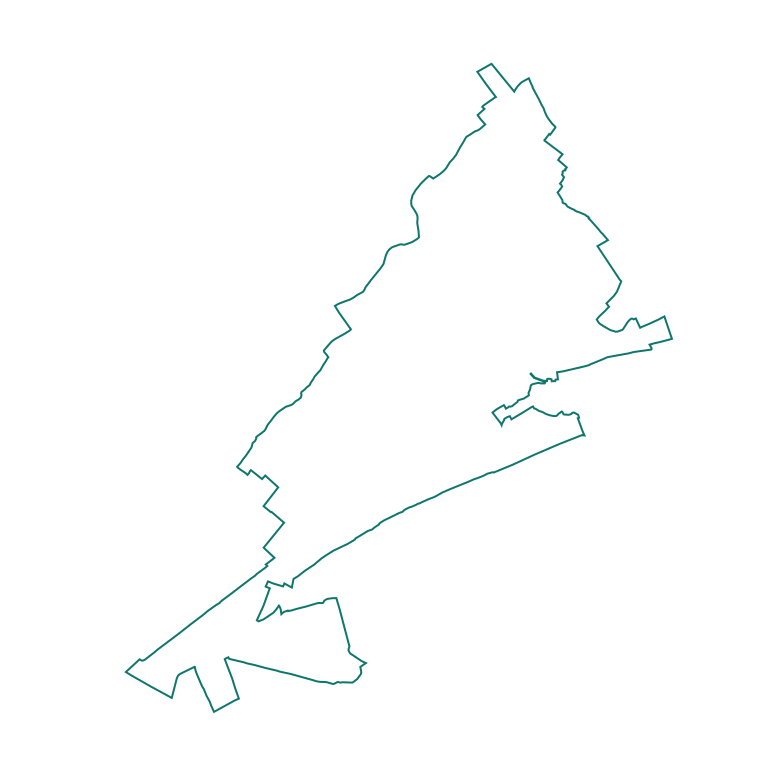 the district of Stefan Cel Mare, Vaslui, Romania, rotated 83°
{"feature_id": "2599482B71455353964024", "entity_name": "Stefan Cel Mare", "entity_type": "district", "adm_level": 2, "iso_a3": "ROU", "parent_name": "Romania", "parent_adm1": "Vaslui", "projection": "orthographic", "projection_center": [27.601, 46.727], "detail": "fine", "context": "isolated", "style": "outline", "palette": "teal", "viewbox_px": 768, "rotation_deg": 83, "n_neighbors": 0, "source": "geoboundaries", "source_scale": "gbopen_adm2", "svg_char_len": 6159}
<svg xmlns="http://www.w3.org/2000/svg" viewBox="0 0 768 768"><g transform="rotate(83 384 384)"><path d="M678.6,566.4L667.4,568.9L657.8,570.6L637.7,575.6L637.0,574.2L636.3,571.8L637.7,571.3L638.3,570.3L643.2,556.9L644.6,554.0L647.1,546.8L651.2,536.8L655.3,525.7L657.0,521.9L660.4,512.0L669.2,490.8L671.0,486.8L671.8,483.9L672.9,477.4L675.0,472.5L675.5,471.2L675.5,470.1L674.1,466.2L675.1,463.6L675.0,461.4L676.4,452.6L676.4,451.3L673.5,446.4L669.3,442.5L667.9,441.8L666.0,441.7L661.9,442.0L658.8,436.0L656.3,440.0L647.2,450.5L644.0,451.7L642.6,451.4L640.3,450.3L602.1,455.5L590.7,457.4L590.3,461.5L590.4,466.1L591.0,468.2L592.0,469.9L593.3,470.6L593.8,471.2L593.9,472.4L593.4,475.4L593.6,477.9L595.4,488.6L596.5,497.6L597.5,503.6L597.7,506.9L597.2,507.1L598.0,510.8L598.6,512.2L599.9,513.9L594.8,514.0L591.8,514.9L591.2,515.3L594.7,518.5L597.5,521.6L601.3,529.0L602.9,532.2L604.3,537.5L603.0,539.0L589.9,530.9L572.9,522.3L570.7,526.1L565.8,523.2L568.7,517.9L572.6,508.8L569.8,507.2L574.8,500.3L566.4,497.5L564.3,492.8L559.8,485.4L554.9,475.6L549.5,467.3L546.7,461.8L543.3,454.6L538.3,439.6L534.9,431.9L533.8,431.1L531.8,426.5L527.9,418.0L527.0,413.6L525.0,410.5L522.9,406.3L521.7,405.4L519.4,400.6L513.9,384.7L513.1,381.1L512.0,379.8L511.1,378.1L509.7,374.4L509.2,371.6L507.9,367.1L506.9,364.7L506.9,363.2L506.3,362.0L503.8,354.0L502.2,347.4L498.9,339.6L496.3,330.8L491.1,311.5L489.3,305.6L488.9,303.0L487.2,296.4L485.6,292.3L484.8,286.7L485.2,285.7L479.8,266.1L472.5,243.3L464.7,216.4L458.8,193.5L459.1,193.2L459.5,191.3L455.3,192.6L441.6,195.8L441.3,194.5L438.9,194.9L438.2,195.1L437.5,196.1L435.5,198.9L435.4,200.0L435.9,201.1L436.6,201.8L437.1,204.3L436.2,209.1L435.9,209.5L433.3,210.4L433.0,210.7L433.3,211.8L434.1,212.8L434.9,214.6L436.1,215.7L436.8,217.3L436.4,219.8L435.3,223.1L433.5,226.9L431.0,230.3L429.8,233.1L427.1,236.6L426.6,237.9L424.4,238.9L425.3,241.2L429.8,250.9L434.6,261.8L431.3,263.0L431.8,265.5L433.3,268.8L434.6,269.3L438.2,272.0L439.1,272.3L437.2,272.9L425.6,279.8L423.0,275.6L421.6,272.5L419.6,267.6L421.3,266.7L423.3,266.0L422.2,263.4L421.6,262.7L421.6,262.0L421.9,261.1L421.6,259.4L420.5,257.9L418.1,253.8L416.6,253.0L416.0,250.2L415.5,246.9L412.9,241.6L410.4,241.6L406.8,239.5L403.9,238.7L402.8,237.9L402.2,236.2L401.7,230.7L402.3,229.0L402.7,226.9L403.0,224.5L402.2,223.8L401.6,223.9L396.2,234.3L391.9,237.3L391.5,236.8L395.4,234.1L396.2,233.3L400.0,225.8L400.9,221.9L399.0,221.5L398.8,220.5L399.2,218.3L399.7,217.2L401.7,217.2L402.0,213.8L400.6,213.2L400.6,210.8L393.4,210.8L393.3,205.3L392.9,201.2L391.0,183.3L390.3,178.4L389.8,177.4L386.1,163.7L384.6,158.9L383.4,137.4L382.7,132.3L382.4,114.6L381.8,114.1L380.7,114.2L377.3,115.6L376.7,112.1L375.9,104.3L374.3,92.7L351.1,97.5L353.4,103.4L356.8,114.1L359.0,122.1L359.4,122.9L349.6,126.1L350.3,128.3L349.4,129.5L349.3,130.6L350.3,132.4L352.0,134.4L358.9,140.2L359.4,141.1L360.5,146.2L360.2,148.1L359.1,150.3L358.3,152.5L353.2,159.3L350.3,162.7L349.3,163.4L345.9,165.0L343.3,162.3L338.2,155.4L335.3,152.0L334.8,151.2L331.1,153.4L324.5,145.0L320.7,141.5L311.0,136.0L309.4,137.2L273.2,155.3L268.5,144.2L261.7,148.7L259.6,150.4L256.9,152.0L247.0,158.8L245.2,160.2L244.5,160.1L244.4,160.8L242.8,160.9L242.1,162.4L240.8,163.4L237.2,169.5L236.4,171.4L235.1,173.4L234.6,173.9L234.3,173.9L233.2,176.0L230.5,179.9L229.5,180.7L227.5,181.8L227.2,182.1L226.5,183.7L225.9,184.5L223.0,184.6L215.0,188.4L213.4,186.5L210.9,184.1L209.7,183.2L208.0,183.7L206.6,184.9L203.4,181.8L201.7,180.9L201.1,180.3L200.5,180.2L198.1,181.7L197.7,181.7L196.8,181.0L195.1,180.9L194.1,179.8L194.1,178.1L193.7,177.7L192.7,177.9L192.2,177.0L191.3,176.2L182.9,183.8L181.0,182.2L177.7,178.8L161.9,195.1L161.5,195.1L160.5,193.9L156.0,189.6L156.8,188.7L156.0,188.1L155.7,187.6L150.3,182.6L149.5,182.7L146.1,185.4L140.6,188.6L138.0,189.8L133.5,191.2L129.7,192.0L125.8,193.7L121.1,195.2L109.7,199.7L107.6,200.4L106.9,200.3L104.3,201.3L98.2,203.0L101.0,210.1L102.3,212.1L105.1,215.4L108.1,218.0L109.7,219.1L79.3,238.3L85.5,253.3L99.8,245.6L112.8,238.0L113.1,239.0L114.7,241.7L115.8,244.1L120.0,251.8L121.0,252.7L123.2,250.8L128.5,258.3L133.0,255.8L138.7,251.9L142.6,257.7L143.6,259.6L144.4,263.2L147.8,269.8L148.0,270.7L149.0,272.4L153.3,275.6L158.5,279.7L165.3,284.5L168.5,287.6L172.0,291.7L177.5,296.1L179.9,299.0L182.5,303.0L186.1,310.1L183.6,312.8L183.0,314.0L183.3,314.5L185.5,317.7L189.7,323.1L195.5,329.0L200.3,332.7L205.2,334.6L208.6,335.0L210.7,334.8L215.4,332.5L218.9,331.0L221.0,330.4L223.7,330.5L228.3,331.4L236.2,331.1L242.6,331.4L243.2,332.0L244.2,333.6L246.6,338.9L248.2,346.1L248.2,347.3L247.4,350.2L247.4,350.9L249.0,358.3L249.4,359.6L251.2,362.5L253.2,364.4L256.2,366.3L264.9,369.9L268.8,373.4L279.3,384.3L286.0,390.8L287.8,391.7L290.0,393.7L292.3,399.6L294.8,404.3L296.1,407.7L297.5,414.1L299.1,420.0L300.5,423.2L307.4,420.1L325.7,410.2L326.7,411.4L329.0,416.2L333.3,426.8L334.6,429.3L336.0,431.5L343.4,439.6L344.9,439.5L347.8,437.5L350.8,436.0L351.5,436.9L354.8,439.4L357.4,441.7L362.6,445.5L364.6,448.0L368.2,452.0L370.4,453.5L373.8,456.5L375.9,457.8L378.4,461.8L379.5,462.9L381.9,466.9L383.1,467.4L384.9,467.2L387.5,468.3L389.1,471.0L390.3,473.7L393.0,477.3L393.7,479.4L394.7,484.4L398.4,491.5L400.2,494.2L403.2,497.4L406.9,500.9L410.2,504.3L415.0,507.5L416.2,508.7L416.6,509.8L417.3,510.6L419.8,515.3L421.3,517.4L422.4,517.4L423.9,518.3L425.1,519.2L426.5,521.5L430.4,523.1L431.5,523.8L438.1,529.6L441.8,533.4L444.9,536.0L448.2,539.8L448.9,539.5L451.4,537.1L455.3,532.5L457.6,530.5L455.9,528.7L454.3,527.8L453.3,526.6L463.5,516.6L460.4,513.0L473.7,501.6L490.6,518.4L497.3,512.0L497.3,511.2L509.5,500.1L531.8,523.4L543.2,513.9L548.7,523.3L550.4,522.0L551.5,523.6L557.2,533.7L558.6,535.4L561.0,539.9L575.8,565.2L579.0,570.9L580.6,573.2L581.1,573.5L583.0,577.7L587.8,586.6L591.5,592.3L598.7,604.8L606.7,618.0L619.9,640.9L622.7,645.2L628.6,655.1L629.1,656.9L629.1,657.9L628.8,658.5L627.5,660.1L638.4,675.3L642.9,669.7L655.5,652.8L669.7,632.9L650.6,625.4L648.2,623.8L647.5,622.8L646.7,621.1L641.6,606.4L641.7,606.2L643.0,606.3L647.3,605.6L651.3,604.5L662.2,601.3L664.4,600.2L671.9,598.1L678.3,595.6L682.3,594.7L688.7,592.7L680.1,571.2L678.6,566.4Z" fill="none" stroke="#0f766e" stroke-width="2"/></g></svg>